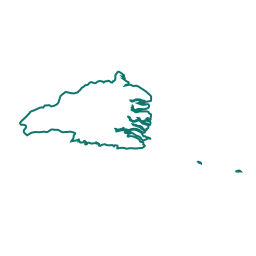 the Division of Ayeyarwady, rotated 263°
{"feature_id": "MMR-3275", "entity_name": "Ayeyarwady", "entity_type": "Division", "adm_level": 1, "iso_a3": "MMR", "parent_name": "Myanmar", "parent_adm1": "", "projection": "robinson", "projection_center": [94.965, 16.268], "detail": "fine", "context": "isolated", "style": "outline", "palette": "teal", "viewbox_px": 256, "rotation_deg": 263, "n_neighbors": 0, "source": "natural_earth", "source_scale": "10m", "svg_char_len": 6000}
<svg xmlns="http://www.w3.org/2000/svg" viewBox="0 0 256 256"><g transform="rotate(263 128 128)"><path d="M182.8,122.7L184.9,124.7L184.9,126.0L182.8,128.5L181.2,130.2L180.4,130.5L179.6,130.4L179.6,130.0L179.9,129.4L180.0,128.5L179.3,129.2L178.8,130.1L178.2,130.7L177.1,130.8L177.4,129.2L174.4,132.4L173.5,133.9L172.6,134.2L171.7,133.9L171.3,133.3L171.1,131.5L170.9,130.7L170.4,130.2L170.8,134.8L170.5,135.8L169.3,137.8L169.0,138.6L169.0,140.9L168.9,141.5L167.9,143.4L162.0,150.4L159.4,152.5L158.1,153.8L157.4,154.3L156.6,154.7L155.7,154.7L153.0,154.3L152.3,154.1L152.0,153.5L151.8,148.8L152.1,148.4L152.6,148.1L153.1,147.4L153.3,146.6L153.1,145.8L154.2,144.7L154.8,143.3L155.2,141.7L155.4,140.1L155.4,139.1L154.6,136.8L154.4,135.9L154.9,134.7L155.1,133.8L154.9,133.8L154.1,134.7L153.8,135.2L153.7,135.8L153.9,136.6L154.4,138.0L154.6,138.9L154.5,141.1L154.3,141.7L153.0,143.5L152.4,145.6L151.5,146.9L150.5,147.3L149.9,146.1L150.3,145.1L151.0,143.8L151.5,142.4L151.4,140.8L150.0,143.4L149.3,144.9L149.1,146.5L149.3,150.1L148.8,151.3L147.2,151.7L146.0,151.1L145.2,149.8L144.8,147.9L144.7,146.1L145.7,140.6L145.3,139.1L144.4,141.7L144.0,139.7L144.5,137.7L145.7,136.1L147.2,135.5L148.6,135.6L149.0,135.5L149.4,135.2L148.0,134.7L147.8,134.2L147.6,134.1L146.1,134.6L145.9,134.4L145.6,133.8L145.3,133.8L145.0,134.6L143.8,136.4L142.8,137.3L142.7,138.6L143.0,141.1L142.9,142.4L142.2,148.4L141.8,149.6L141.3,150.3L139.8,150.8L139.3,151.9L138.8,152.4L137.2,152.4L135.8,151.7L133.9,151.5L133.4,151.1L133.9,150.2L135.2,149.3L135.5,148.7L135.5,148.3L135.1,147.5L134.9,147.4L134.1,148.5L133.7,148.7L133.5,147.5L133.5,146.0L133.5,145.4L132.9,144.0L132.9,143.4L133.1,142.8L134.1,141.4L134.5,141.1L135.2,141.0L136.0,140.7L136.5,140.1L136.7,139.1L135.2,140.1L135.0,139.2L134.8,137.1L134.1,135.5L134.1,134.8L134.3,134.1L135.1,132.7L135.6,132.1L136.4,131.7L138.1,131.2L138.8,130.6L139.3,129.7L139.5,128.8L138.5,130.3L137.5,130.5L136.7,130.9L135.8,130.8L135.4,131.0L134.2,132.8L133.7,133.2L133.5,134.2L133.5,136.3L134.1,138.6L134.4,139.0L133.4,141.0L130.9,142.8L130.3,143.7L129.1,146.7L128.1,147.9L127.4,148.3L126.5,148.4L125.5,148.0L125.0,147.3L124.9,146.4L124.5,145.4L124.4,146.3L123.9,146.2L123.4,145.5L123.0,144.8L127.3,141.8L128.6,140.1L129.0,137.7L130.0,136.4L130.2,135.6L130.3,134.6L131.1,133.8L131.2,133.1L130.4,133.6L130.0,134.2L129.4,135.8L128.3,137.9L127.4,140.0L126.0,141.1L123.6,143.7L122.6,144.3L121.6,144.1L121.4,142.8L122.5,141.1L124.8,138.8L125.7,137.1L126.3,135.1L126.6,133.0L126.5,130.8L125.9,129.3L125.7,128.5L126.6,126.8L127.4,123.9L127.7,123.5L128.1,123.4L128.6,123.5L128.6,123.2L128.1,122.7L127.5,118.1L127.5,117.5L127.7,116.9L128.5,116.3L128.6,115.6L127.1,116.4L126.5,116.3L126.2,115.2L126.0,116.3L126.5,120.6L126.5,123.4L126.3,124.1L125.3,125.4L124.8,127.2L124.2,128.4L123.3,129.2L122.3,129.5L122.2,129.2L123.6,127.2L124.5,125.2L124.2,124.3L123.8,124.4L123.3,125.2L122.9,126.8L122.3,127.7L121.9,127.8L121.4,127.7L120.5,126.9L119.7,126.7L119.4,127.1L119.6,129.0L119.5,130.1L119.1,131.8L116.9,135.8L115.7,137.4L114.4,138.1L113.5,138.2L112.9,138.6L112.5,139.3L112.3,140.6L112.0,141.1L111.2,141.4L110.4,141.4L109.8,141.1L108.9,142.2L108.3,142.5L107.8,142.1L106.7,140.2L106.5,139.6L106.5,138.8L106.7,133.3L107.7,127.8L107.6,124.1L107.7,123.5L108.6,122.2L109.2,118.4L109.0,115.5L109.2,114.9L110.7,115.4L111.7,115.4L112.1,114.4L112.4,113.0L112.3,112.3L111.5,111.9L111.5,111.6L112.5,111.1L113.0,110.2L113.1,107.1L113.7,104.4L114.5,103.5L114.7,102.9L114.6,100.8L114.4,100.0L113.9,98.8L113.7,98.1L113.8,97.4L114.2,97.1L115.1,97.4L115.6,97.4L116.1,97.0L117.3,95.1L116.4,95.1L116.8,94.3L117.0,93.4L117.0,89.7L117.2,89.3L117.9,88.1L118.3,86.6L118.2,85.8L117.0,85.2L116.8,84.6L116.9,83.9L117.3,83.5L119.3,84.4L120.4,83.6L120.5,83.1L120.3,82.7L119.3,82.1L119.2,81.5L119.3,79.3L119.6,78.7L120.2,78.6L120.7,78.3L120.7,77.2L121.9,77.6L122.4,78.0L122.8,78.5L122.0,75.3L121.7,70.2L124.5,72.5L125.4,72.9L127.1,73.2L128.8,74.8L129.1,74.9L129.5,74.7L130.9,71.8L131.4,70.1L131.5,66.5L131.7,64.7L131.7,63.3L131.8,62.5L132.2,61.6L134.3,58.9L134.9,57.3L135.2,54.7L135.7,53.2L135.8,51.5L134.1,48.3L133.9,47.1L133.9,46.3L134.6,44.3L134.6,39.4L135.3,35.6L135.2,32.8L134.8,30.9L133.0,27.0L135.0,25.2L136.1,24.4L137.1,24.1L138.4,24.4L139.4,25.3L140.3,26.3L141.5,26.9L142.6,26.9L143.4,26.1L144.1,24.0L144.1,22.9L144.4,22.1L145.3,21.6L146.3,21.5L148.1,23.4L151.3,27.9L151.8,28.4L151.9,28.8L153.0,29.8L154.8,32.1L156.0,33.1L156.8,35.7L156.8,36.8L157.2,37.7L158.8,42.7L159.0,44.5L158.6,46.4L159.6,47.3L160.3,48.1L160.5,48.4L160.3,50.2L160.3,52.2L160.1,52.9L158.8,54.4L158.8,55.4L159.1,57.5L159.8,59.5L160.6,60.9L161.6,62.0L162.3,62.4L163.0,62.6L164.4,63.3L167.2,64.5L168.2,65.2L169.1,66.5L171.3,70.3L170.8,72.5L169.6,75.2L169.0,78.1L169.0,79.5L169.6,82.6L170.7,83.6L171.1,84.5L171.5,85.0L172.3,85.8L173.4,86.9L174.8,89.8L175.4,90.4L175.7,91.0L175.7,92.8L175.8,93.2L176.1,93.8L177.0,94.7L177.8,95.9L178.0,97.2L177.1,99.1L176.6,100.2L176.6,101.4L177.8,103.8L178.1,105.1L177.8,106.9L177.2,108.5L176.8,109.1L176.2,109.4L176.6,110.4L176.8,110.5L177.1,111.3L177.0,113.3L177.3,114.2L176.9,115.1L175.4,116.7L175.0,117.8L175.4,118.3L176.1,118.7L176.3,119.2L176.4,119.9L177.1,120.8L178.0,121.3L179.1,121.6L181.3,121.7L181.9,121.9L182.3,122.4L182.8,122.7ZM125.6,130.2L125.8,132.6L125.3,135.1L124.2,137.3L122.1,140.3L121.7,140.7L121.0,141.1L118.7,141.9L117.8,142.6L117.8,143.7L117.4,144.3L116.5,145.2L116.1,145.8L116.3,146.5L115.9,147.3L115.0,148.7L114.6,148.7L114.6,148.4L115.3,147.2L114.9,145.4L113.8,142.4L114.1,140.9L115.3,140.1L116.8,139.3L118.1,138.1L119.6,135.1L120.8,133.8L123.5,130.2L124.8,129.1L125.6,130.2ZM132.4,143.6L132.7,145.0L133.2,146.9L133.0,147.5L132.2,148.9L131.6,150.8L130.5,151.0L129.2,150.6L128.3,150.0L128.3,149.7L129.1,149.0L129.7,148.1L130.6,146.1L131.7,144.3L132.4,143.6ZM72.0,230.8L72.2,233.0L71.9,233.9L71.1,234.5L71.5,230.9L71.6,230.3L71.8,230.2L72.0,230.8ZM83.9,196.1L84.3,195.5L84.6,194.7L85.1,193.9L85.9,193.5L85.9,193.8L85.1,195.5L84.5,196.1L83.9,196.1Z" fill="none" stroke="#0f766e" stroke-width="2"/></g></svg>